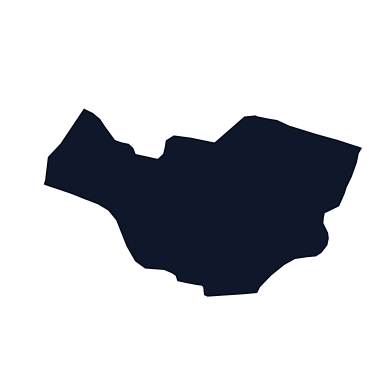 the district of Wadi Salih, Central Darfur, Sudan, rotated 198°
{"feature_id": "16777658B39916742993759", "entity_name": "Wadi Salih", "entity_type": "district", "adm_level": 2, "iso_a3": "SDN", "parent_name": "Sudan", "parent_adm1": "Central Darfur", "projection": "mercator", "projection_center": [23.346, 12.417], "detail": "fine", "context": "isolated", "style": "filled", "palette": "ink", "viewbox_px": 384, "rotation_deg": 198, "n_neighbors": 0, "source": "geoboundaries", "source_scale": "gbopen_adm2", "svg_char_len": 1160}
<svg xmlns="http://www.w3.org/2000/svg" viewBox="0 0 384 384"><g transform="rotate(198 192 192)"><path d="M99.5,116.6L98.6,122.9L91.4,137.6L82.3,151.6L73.8,160.7L63.2,166.0L54.6,169.7L50.6,174.8L47.6,183.3L48.3,190.0L50.6,194.8L58.2,202.7L59.5,208.7L60.0,213.1L48.4,224.3L47.0,237.9L47.1,244.0L45.5,255.9L45.0,271.0L46.1,280.0L45.0,285.1L44.9,285.8L45.9,285.8L55.5,285.8L69.5,285.8L92.0,284.8L120.2,284.4L133.3,286.0L141.0,284.8L153.9,283.3L154.9,283.8L165.0,279.4L185.3,245.5L185.4,245.4L188.1,245.0L209.6,242.6L226.4,239.5L232.1,232.7L231.0,226.2L230.5,219.2L234.3,212.2L257.7,209.9L261.8,215.0L267.1,217.5L274.2,216.7L281.6,216.9L295.7,227.1L302.3,232.4L310.8,235.8L316.0,236.5L318.5,236.9L320.0,237.1L331.3,197.2L339.1,180.6L337.1,170.6L334.6,158.1L334.6,155.9L334.6,154.3L334.6,154.1L332.9,154.0L327.4,153.9L327.1,153.9L307.4,153.7L291.9,152.7L277.8,152.0L265.6,149.2L254.8,142.2L236.8,120.5L224.3,109.2L212.9,105.5L194.6,110.0L186.1,109.3L181.3,108.0L178.0,103.5L168.4,104.5L159.1,105.7L153.8,106.7L151.4,105.6L148.2,98.4L147.6,98.3L147.1,98.3L145.1,98.0L112.1,111.2L103.9,114.7L99.5,116.6Z" fill="#0f172a" stroke="#020617" stroke-width="1.5"/></g></svg>